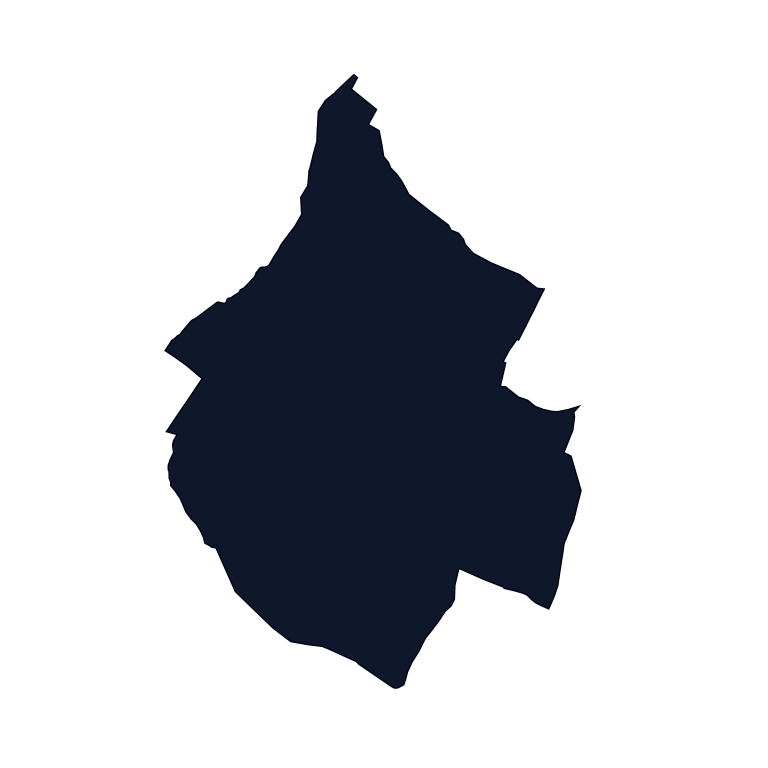 Tepeyahualco de Cuauhtémoc, Puebla, Mexico, rotated 15°
{"feature_id": "50627088B31864434052112", "entity_name": "Tepeyahualco de Cuauhtémoc", "entity_type": "district", "adm_level": 2, "iso_a3": "MEX", "parent_name": "Mexico", "parent_adm1": "Puebla", "projection": "robinson", "projection_center": [-97.87, 18.81], "detail": "fine", "context": "isolated", "style": "filled", "palette": "ink", "viewbox_px": 768, "rotation_deg": 15, "n_neighbors": 0, "source": "geoboundaries", "source_scale": "gbopen_adm2", "svg_char_len": 2987}
<svg xmlns="http://www.w3.org/2000/svg" viewBox="0 0 768 768"><g transform="rotate(15 384 384)"><path d="M481.0,669.2L481.2,663.7L481.2,655.9L483.1,644.9L486.7,633.6L489.7,619.0L494.1,608.8L498.5,597.9L501.9,587.6L506.1,581.2L507.7,573.9L504.5,559.9L504.0,542.7L531.2,546.9L551.8,549.2L552.8,550.2L563.3,549.9L571.6,550.0L576.7,550.7L582.7,554.1L586.8,555.9L592.6,557.2L601.3,558.6L602.6,549.9L603.5,543.0L604.0,533.5L602.4,520.2L600.5,502.2L599.2,491.4L600.8,478.0L602.4,466.2L602.3,461.1L602.0,450.4L601.9,436.0L583.3,405.3L575.5,403.7L575.5,403.3L578.3,379.6L577.0,369.8L576.5,366.5L574.6,362.0L578.1,355.2L568.5,361.1L558.4,366.1L552.9,367.1L544.7,367.4L535.9,366.6L527.0,362.6L522.7,362.2L517.2,361.9L502.3,355.3L496.9,356.3L496.1,332.2L493.2,331.7L496.4,318.1L496.6,318.0L500.7,306.7L500.8,306.4L502.6,306.7L505.9,291.1L507.7,282.3L510.0,271.4L511.6,262.8L513.0,256.4L514.2,250.8L509.3,251.6L506.9,251.9L486.6,243.3L472.1,241.5L455.9,239.3L436.6,234.8L426.3,228.3L423.5,223.9L417.0,219.1L409.0,218.1L404.9,213.8L396.3,210.3L381.5,204.4L359.0,194.5L348.8,183.7L342.3,178.3L334.5,173.6L331.0,169.0L324.8,164.4L320.1,153.8L313.7,140.6L301.7,137.4L305.7,120.8L305.2,120.6L276.1,107.6L279.0,95.0L274.8,93.1L274.6,93.3L264.1,110.4L261.6,114.5L261.6,115.1L259.1,118.4L254.2,125.1L253.9,125.6L252.8,129.1L250.2,137.2L250.2,137.6L250.1,137.8L253.3,152.8L253.3,153.4L256.4,166.9L256.4,167.6L256.3,182.1L256.4,182.7L256.7,196.0L256.4,197.0L259.1,211.9L259.1,212.2L259.0,212.6L255.5,224.7L255.3,225.2L260.7,241.7L260.4,242.2L257.4,253.9L257.2,254.5L248.5,276.1L248.3,277.1L247.6,280.9L247.4,281.5L245.2,288.0L242.3,298.7L240.9,300.6L238.5,302.1L235.9,302.7L234.1,304.1L231.7,309.8L231.5,313.6L224.1,327.3L220.8,330.3L220.7,331.8L220.3,333.2L215.8,338.0L213.7,340.6L211.4,341.5L210.6,342.8L210.4,346.0L209.9,347.0L208.6,347.5L205.5,347.8L202.8,347.8L201.7,348.3L186.5,367.6L185.9,368.6L181.7,372.5L180.9,374.0L175.0,386.6L174.6,388.2L174.0,389.3L172.9,390.1L171.8,391.3L170.0,394.5L168.8,395.6L167.5,397.1L167.4,398.1L164.0,408.4L172.8,411.3L187.7,416.8L207.0,425.9L202.8,438.1L199.0,449.3L197.2,454.3L191.6,470.3L191.3,471.2L191.2,471.6L189.8,475.7L187.2,483.4L186.2,486.3L196.7,486.3L196.8,488.1L196.3,490.5L195.6,492.2L195.4,495.6L195.9,498.2L196.1,498.7L196.5,499.6L197.8,503.0L198.5,504.8L197.1,512.4L196.7,518.4L196.9,519.1L197.8,522.6L199.1,524.3L200.2,528.0L200.4,528.9L201.0,530.8L203.4,533.8L204.3,537.3L209.4,540.9L213.6,544.5L214.8,545.6L216.9,547.3L222.7,554.7L223.2,555.4L225.9,558.8L232.6,564.2L234.7,565.4L238.6,567.6L239.0,567.8L244.7,573.3L249.4,578.9L249.8,579.6L251.5,582.8L252.3,584.1L255.9,584.8L260.1,586.2L264.1,585.7L269.5,592.4L290.6,618.5L293.2,621.8L294.1,622.9L300.2,626.3L324.7,640.0L340.2,648.5L360.6,656.9L378.8,655.3L389.6,653.7L392.5,653.4L398.1,654.1L405.7,655.3L414.4,656.8L421.6,658.0L428.8,659.1L432.7,661.3L461.2,671.3L465.8,672.9L468.9,674.0L471.9,674.9L474.1,674.7L476.5,673.5L481.0,669.2Z" fill="#0f172a" stroke="#020617" stroke-width="1.5"/></g></svg>